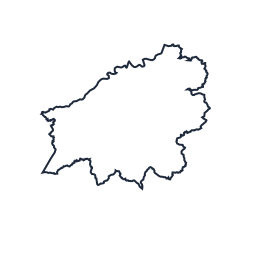 Paranã, Tocantins, Brazil, rotated 68°
{"feature_id": "56859067B79716917554970", "entity_name": "Paranã", "entity_type": "district", "adm_level": 2, "iso_a3": "BRA", "parent_name": "Brazil", "parent_adm1": "Tocantins", "projection": "natural_earth1", "projection_center": [-47.802, -12.753], "detail": "fine", "context": "isolated", "style": "outline", "palette": "slate", "viewbox_px": 256, "rotation_deg": 68, "n_neighbors": 0, "source": "geoboundaries", "source_scale": "gbopen_adm2", "svg_char_len": 5772}
<svg xmlns="http://www.w3.org/2000/svg" viewBox="0 0 256 256"><g transform="rotate(68 128 128)"><path d="M181.9,87.2L181.0,87.6L178.8,87.8L177.2,87.1L175.7,87.2L173.8,86.5L171.8,87.9L169.7,87.1L168.6,84.9L168.4,83.5L167.5,82.5L166.0,83.7L164.1,83.7L162.8,86.4L160.8,88.2L158.6,88.2L158.1,87.4L157.0,87.2L156.0,86.2L156.3,83.3L156.1,82.4L154.1,81.5L154.5,80.9L155.3,81.1L155.6,80.2L155.4,78.7L154.4,78.1L153.6,78.1L153.2,77.2L153.6,77.1L152.9,75.1L153.3,74.8L154.8,74.9L154.9,74.4L154.6,73.9L154.8,73.1L154.6,71.8L154.9,71.4L154.2,70.5L154.0,69.5L154.8,68.2L154.8,67.2L155.1,67.0L154.9,66.2L155.1,64.4L155.9,63.6L155.6,60.2L154.0,60.2L153.3,59.2L152.7,58.1L152.7,57.5L151.9,55.5L151.6,54.1L150.5,52.5L150.1,52.4L147.7,54.3L145.9,55.2L145.7,52.9L142.7,51.3L141.6,47.8L140.8,46.7L140.8,45.4L140.3,44.7L139.5,44.8L138.0,45.9L136.2,45.6L133.9,46.0L132.9,47.2L132.1,47.4L131.4,47.1L130.4,45.9L128.0,45.7L125.9,44.8L125.6,45.0L125.1,46.0L123.0,47.8L122.2,49.5L121.9,53.5L122.2,54.5L121.5,55.8L120.1,56.3L118.4,55.8L117.0,55.9L114.8,57.4L114.4,58.6L114.2,57.9L114.5,56.1L116.3,55.3L117.1,54.5L117.3,52.5L118.6,49.5L118.1,48.5L117.3,48.0L117.8,45.4L117.6,44.3L118.0,43.1L117.3,42.7L116.1,43.1L115.7,42.9L115.3,42.5L115.6,41.8L115.4,40.5L114.9,40.3L113.9,38.7L113.2,38.9L111.7,37.7L111.3,37.7L110.8,37.1L111.0,36.6L110.7,36.0L109.4,35.9L108.7,34.8L107.4,33.8L106.2,33.9L105.9,34.4L104.4,34.3L104.1,34.0L103.7,34.3L102.8,34.2L101.7,35.0L99.8,32.9L98.3,32.8L96.7,32.1L96.5,32.7L96.9,32.8L96.8,33.9L96.2,35.4L94.6,35.3L93.8,34.0L92.9,34.1L92.2,35.7L91.3,36.6L90.6,37.0L89.9,36.9L89.1,37.7L87.8,37.9L87.3,38.6L87.3,40.5L86.7,41.8L86.9,42.5L87.7,43.0L89.0,44.5L87.7,47.0L87.6,45.5L87.3,45.2L86.5,45.1L85.9,46.1L84.8,47.2L83.5,47.8L83.1,48.6L83.3,49.6L82.7,51.1L82.7,51.6L83.2,52.3L83.2,53.4L82.3,54.7L82.0,53.8L81.0,52.6L80.7,51.5L78.2,51.6L77.6,50.4L75.4,49.5L74.9,48.5L72.8,50.0L71.3,50.4L70.6,50.0L70.1,51.1L70.2,52.3L69.4,54.5L69.0,54.9L68.2,54.6L67.4,54.9L67.3,55.9L68.0,57.0L67.3,59.8L64.6,63.0L71.1,68.9L71.3,69.8L71.0,72.8L71.3,75.0L71.9,75.9L73.5,77.0L74.2,78.9L74.1,80.3L73.5,81.4L70.5,85.4L70.1,86.9L70.3,88.7L75.8,89.1L76.6,89.8L76.7,90.9L76.3,92.0L74.2,93.2L73.6,94.1L74.3,97.0L74.2,98.6L73.7,99.5L71.6,100.8L66.8,102.1L67.4,103.0L71.3,106.3L71.5,106.7L70.9,107.2L69.6,107.1L69.1,107.3L68.9,108.2L69.4,110.2L69.3,111.8L67.3,114.7L67.1,115.5L67.6,117.7L68.6,118.4L70.4,119.0L71.9,118.9L72.6,118.0L72.9,118.5L72.8,120.0L72.4,121.7L71.2,123.2L69.8,124.2L69.5,125.0L69.6,126.2L70.2,127.1L70.8,127.2L72.2,126.3L72.8,126.4L74.5,127.0L74.7,127.5L74.6,129.1L72.9,132.6L72.9,134.8L74.2,138.2L76.7,140.9L78.5,144.6L79.0,149.2L80.7,152.9L81.2,154.8L81.7,155.6L83.5,157.1L84.4,159.3L84.3,160.4L83.4,161.8L83.8,165.8L83.2,167.6L83.1,169.0L84.2,170.8L84.4,172.5L85.8,174.4L85.8,175.0L84.6,177.2L84.5,179.4L84.0,181.4L82.7,183.1L82.6,184.7L81.5,186.2L81.9,189.1L82.9,190.5L81.3,192.4L81.2,193.9L82.1,194.1L82.5,194.8L82.8,198.8L81.2,200.8L81.0,201.5L81.8,202.2L82.1,202.0L82.5,202.7L82.8,201.9L83.3,202.3L84.0,202.1L86.6,201.0L86.8,200.5L88.4,199.9L89.3,200.4L89.7,200.1L89.7,199.6L90.2,200.0L91.0,199.9L91.0,199.5L91.5,199.1L91.2,198.8L91.5,198.6L91.6,196.9L92.2,197.0L91.6,193.7L91.9,193.3L92.8,193.2L93.3,192.8L94.0,193.3L94.3,193.9L94.1,194.4L94.8,195.4L96.6,195.3L97.1,196.6L96.8,196.9L96.8,197.9L97.2,197.6L97.7,198.6L100.7,198.1L102.0,198.3L102.7,199.4L102.9,200.6L103.6,201.2L103.9,203.0L104.2,203.3L107.0,202.2L107.8,200.3L108.6,200.7L109.1,200.3L109.9,201.2L111.1,201.3L111.6,201.9L111.8,203.0L112.1,203.1L112.7,202.4L113.5,204.0L114.0,204.1L115.4,204.1L116.5,203.4L117.5,203.5L118.3,203.9L120.7,203.1L123.2,205.1L126.9,210.4L137.4,223.9L137.8,221.5L138.7,219.8L139.8,218.7L140.2,216.9L141.5,215.3L142.1,213.6L142.5,213.7L143.3,212.8L143.5,211.3L143.8,210.7L142.2,210.2L140.7,208.3L140.8,207.3L140.3,205.8L140.3,204.7L140.0,204.5L140.3,203.6L139.4,201.9L139.8,201.6L139.9,198.4L140.7,198.0L141.8,196.6L141.0,194.8L141.1,193.8L139.9,192.6L140.3,191.9L140.1,190.7L138.9,190.4L139.0,189.9L138.6,189.4L139.4,188.8L139.0,188.4L139.5,187.8L138.9,187.4L139.6,187.0L140.0,186.2L140.1,185.0L138.7,184.1L138.5,183.7L139.5,182.6L140.1,182.5L140.4,181.4L141.3,181.3L141.3,180.7L140.9,180.2L141.0,179.3L140.7,179.1L141.2,178.3L141.1,177.4L142.4,176.4L142.5,175.2L143.3,176.0L144.4,175.2L144.9,175.3L147.3,176.8L150.1,176.9L150.6,176.2L151.6,176.2L151.9,176.4L151.9,176.8L152.5,177.5L153.0,177.6L154.1,178.7L155.2,179.1L157.0,178.8L158.2,176.8L159.1,176.2L160.6,176.3L161.8,177.0L162.9,176.3L163.1,176.6L164.0,176.5L168.4,177.6L169.6,177.1L169.7,175.7L169.2,174.2L169.6,173.6L170.0,171.3L169.7,170.8L168.7,170.5L168.5,168.6L168.8,166.9L167.5,164.7L165.5,163.9L165.1,160.9L165.6,159.5L165.3,158.2L164.2,156.2L162.7,155.4L163.4,155.0L164.9,152.4L167.0,152.5L167.3,152.1L167.9,152.2L169.0,153.5L171.0,152.9L171.7,152.3L172.0,152.6L173.7,151.5L174.0,150.9L174.0,149.4L175.4,149.6L176.1,149.2L176.5,147.6L177.3,147.3L177.9,145.8L178.6,144.8L178.8,143.8L178.6,142.7L179.0,141.8L182.5,140.2L183.6,139.2L186.8,139.1L189.6,137.6L188.0,136.7L187.5,136.9L186.9,136.3L185.3,136.2L184.0,136.6L182.7,136.3L181.8,134.4L181.6,133.1L179.5,131.8L178.1,129.9L176.9,129.7L175.4,128.4L174.8,126.6L173.9,125.8L173.6,124.3L172.7,123.1L172.8,121.6L174.4,120.5L174.8,120.7L175.7,119.7L176.0,119.9L177.3,119.4L178.9,120.1L179.4,120.0L184.3,117.1L185.5,115.8L186.0,114.4L187.1,113.2L187.3,112.2L188.2,111.4L189.1,111.4L189.4,111.0L189.6,110.5L189.0,109.2L189.8,109.4L190.9,109.1L191.4,108.1L190.5,107.7L190.2,106.7L188.4,104.0L187.5,104.3L185.9,103.3L187.2,100.8L187.3,99.2L188.1,98.7L188.3,98.3L188.2,97.3L188.7,96.3L187.5,95.2L188.0,94.4L187.6,93.2L186.5,93.1L184.9,91.8L185.1,90.8L184.6,89.7L184.9,89.1L184.6,88.7L183.8,88.7L183.2,87.7L182.2,87.7L181.9,87.2Z" fill="none" stroke="#1e293b" stroke-width="2"/></g></svg>